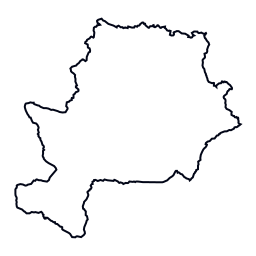 Kengtung, Shan, Myanmar (orthographic projection)
{"feature_id": "60261553B37663404803056", "entity_name": "Kengtung", "entity_type": "district", "adm_level": 2, "iso_a3": "MMR", "parent_name": "Myanmar", "parent_adm1": "Shan", "projection": "orthographic", "projection_center": [99.278, 21.371], "detail": "fine", "context": "isolated", "style": "outline", "palette": "ink", "viewbox_px": 256, "rotation_deg": 0, "n_neighbors": 0, "source": "geoboundaries", "source_scale": "gbopen_adm2", "svg_char_len": 5669}
<svg xmlns="http://www.w3.org/2000/svg" viewBox="0 0 256 256"><path d="M17.4,207.6L22.1,209.5L24.1,211.4L24.7,211.6L26.5,213.3L29.6,213.3L31.7,212.0L34.0,212.4L35.4,212.1L38.5,212.9L41.2,211.8L42.3,212.8L43.0,214.7L43.5,214.8L43.3,216.3L44.3,217.8L44.3,218.3L44.8,218.7L45.7,218.6L45.8,217.7L47.5,217.8L50.9,220.7L52.1,221.1L53.5,222.2L54.9,222.1L55.2,223.4L56.2,223.9L57.3,224.0L60.3,226.7L61.6,226.8L62.2,227.2L62.2,229.1L62.8,229.8L68.8,232.9L70.1,233.9L72.1,237.1L75.3,237.3L76.4,236.4L77.4,236.3L81.1,237.1L83.8,235.0L84.9,233.5L84.8,232.0L83.9,229.6L84.3,227.1L86.1,222.8L86.7,220.6L87.7,219.5L87.0,216.2L85.7,215.1L85.8,211.4L84.5,209.9L84.2,209.2L83.1,208.7L82.8,206.2L83.9,203.2L84.1,201.9L86.5,199.3L88.2,195.7L88.3,194.6L87.4,192.1L88.7,190.7L89.5,190.4L89.8,189.4L90.6,189.2L91.4,187.9L91.5,187.3L90.7,185.6L91.5,184.4L91.9,184.0L92.6,184.0L92.5,181.7L94.0,181.0L94.1,180.0L95.5,179.9L97.8,181.0L100.4,180.0L103.1,180.8L104.5,179.5L107.6,180.3L113.5,180.9L114.2,180.4L114.3,179.9L114.7,179.9L117.9,181.5L118.9,182.7L119.6,182.9L120.3,182.4L121.8,182.8L122.7,183.2L123.3,184.0L125.7,182.9L127.2,183.1L128.3,182.9L129.4,181.5L133.0,181.9L134.0,181.5L135.2,182.1L136.1,181.5L137.6,181.5L142.7,182.1L162.1,182.3L163.4,182.0L167.3,180.3L169.6,178.0L172.4,176.2L173.5,175.1L175.4,171.4L175.9,170.9L177.0,170.9L177.6,172.7L178.5,172.3L179.3,172.7L180.5,173.9L182.2,174.4L184.4,177.2L185.5,177.6L186.3,178.4L188.8,179.1L189.4,179.5L189.7,180.4L190.7,179.6L191.4,178.5L192.8,177.4L194.0,173.7L194.7,173.2L195.1,172.0L195.8,171.6L196.2,170.7L196.1,170.2L198.0,169.2L198.0,165.5L198.5,164.5L198.2,161.6L200.5,159.9L200.3,158.0L200.8,154.9L202.0,152.1L203.3,149.5L204.6,148.0L205.5,147.4L206.7,145.5L206.9,144.7L205.6,144.2L205.9,143.0L207.6,141.6L209.7,141.1L211.9,138.7L214.6,138.5L216.8,135.6L218.4,135.3L219.1,134.0L220.0,133.8L220.2,133.2L220.9,132.8L224.5,131.4L226.9,131.3L229.3,130.0L231.0,130.2L234.0,128.6L234.4,127.5L235.4,127.1L236.5,127.2L237.6,126.7L238.3,125.8L239.2,125.5L240.6,124.3L239.5,123.9L238.6,123.1L238.4,122.2L238.6,121.3L238.2,119.4L237.5,118.4L238.2,118.1L238.1,117.7L237.3,117.6L236.5,117.0L235.9,117.4L234.8,117.2L234.1,116.0L233.5,116.0L231.5,114.9L231.4,113.8L231.7,111.9L229.4,110.1L226.6,108.9L225.5,107.1L225.8,104.7L225.2,102.9L225.5,102.0L225.5,100.1L225.2,99.3L224.0,98.3L223.6,97.0L224.1,95.9L226.7,93.9L227.3,91.8L227.8,91.0L228.5,90.7L229.5,89.1L231.8,89.2L232.0,88.8L231.9,87.7L230.1,85.1L228.4,83.9L226.6,82.0L225.5,82.1L224.8,81.5L224.1,81.7L223.7,82.3L223.0,82.3L222.5,81.5L222.0,81.4L221.0,83.2L219.0,83.4L216.6,85.3L216.2,86.0L216.3,86.9L215.1,85.8L213.9,85.7L214.0,83.1L213.3,82.9L212.1,83.2L208.7,81.9L207.6,80.0L207.4,78.6L206.6,76.7L206.4,75.5L205.9,74.9L205.9,74.0L204.9,72.1L204.3,69.0L203.1,67.5L202.5,65.5L202.9,62.5L202.6,60.2L202.8,59.6L204.9,57.6L205.0,56.7L204.5,53.7L206.5,52.9L206.9,52.4L207.3,51.1L207.1,49.6L208.2,46.3L209.2,44.6L208.5,42.5L206.8,40.7L205.6,38.5L205.1,38.3L204.7,37.4L204.2,35.5L204.6,34.9L205.3,34.7L206.1,33.3L205.9,33.0L204.7,33.8L204.0,33.8L202.3,33.2L201.5,32.6L198.9,33.1L197.7,32.4L197.4,31.6L194.1,31.5L191.9,32.9L192.8,34.6L194.1,35.5L192.9,35.9L192.1,37.3L190.9,37.7L190.3,37.3L188.2,37.0L188.6,35.7L185.2,33.7L181.7,33.4L178.7,31.2L177.8,31.1L176.7,31.1L175.6,31.7L174.1,32.1L173.6,32.7L174.0,33.8L173.9,34.7L173.2,35.4L171.4,35.5L169.9,34.8L170.6,31.0L169.4,30.6L168.7,30.9L167.1,30.4L166.0,28.8L164.8,27.9L165.0,26.6L161.7,27.2L161.0,27.9L160.4,27.9L158.2,25.4L157.4,25.3L156.9,26.1L155.0,27.2L154.2,27.0L153.6,25.1L153.0,25.3L152.7,26.2L150.2,26.2L148.9,27.8L148.4,27.7L145.4,25.2L145.1,23.8L143.8,23.8L143.5,22.7L143.0,22.5L142.3,22.5L140.1,24.2L139.7,25.1L139.0,25.6L137.8,25.7L137.1,26.7L135.8,26.2L134.7,26.3L134.2,27.5L132.0,27.6L128.2,26.5L127.7,28.1L125.4,27.5L124.9,27.9L124.1,27.6L123.3,28.1L122.1,27.1L120.8,27.3L118.6,25.7L117.0,26.4L116.7,27.4L113.5,25.6L108.4,23.9L104.7,21.0L103.2,20.6L101.6,18.7L98.2,19.8L97.1,20.7L97.1,21.8L97.6,22.3L97.7,23.2L99.3,23.9L100.1,24.8L97.0,25.4L96.6,26.4L96.1,26.8L95.2,26.7L93.9,27.7L93.6,30.7L94.3,32.2L94.3,33.1L93.8,37.2L93.4,37.6L91.4,36.6L90.8,36.8L89.6,38.4L87.1,39.8L86.7,41.0L85.4,41.9L85.1,43.2L87.7,44.5L87.9,47.5L89.6,48.4L90.1,50.3L90.0,51.8L88.7,52.4L86.8,56.8L86.6,60.2L85.4,61.1L83.3,59.5L82.4,59.4L82.0,60.0L80.4,60.9L78.9,63.0L77.0,64.4L76.3,65.5L72.1,66.7L70.4,68.5L70.9,70.0L71.0,71.2L71.7,72.1L73.6,73.4L75.1,75.0L74.9,76.7L75.5,78.9L75.4,81.6L77.0,85.5L75.9,86.2L75.9,87.3L78.4,89.4L78.5,90.8L77.8,91.5L75.8,92.2L74.8,93.8L73.5,94.7L73.5,97.8L73.0,98.1L71.8,98.0L71.6,98.5L71.8,100.0L69.7,100.8L69.2,101.6L66.8,102.3L66.2,106.2L67.4,107.6L67.6,108.8L65.5,112.2L62.6,112.5L59.6,112.0L57.7,111.1L53.0,109.7L51.2,109.9L48.5,108.6L46.1,108.1L43.6,108.1L40.5,106.8L39.0,105.6L37.7,105.4L34.5,104.2L33.8,103.7L33.7,102.7L32.4,102.8L30.3,102.4L28.6,103.1L26.0,103.5L25.3,104.3L24.8,106.4L24.9,107.6L25.8,110.6L27.7,114.5L28.3,115.1L29.5,117.4L30.7,117.6L31.8,120.6L33.0,122.7L36.2,123.5L37.5,125.0L38.6,127.3L38.4,128.7L37.9,129.7L38.8,132.6L37.8,134.0L38.6,135.0L38.4,136.1L39.5,137.7L40.3,138.1L40.4,139.8L41.5,141.6L42.5,144.9L43.4,145.6L43.8,146.4L43.9,147.3L43.2,148.3L43.3,149.1L44.1,149.9L43.0,150.9L43.1,153.6L42.7,155.7L42.9,156.8L43.6,157.5L43.8,158.8L46.0,161.3L48.6,163.1L54.2,166.1L55.8,168.1L56.4,169.7L49.8,177.5L48.9,180.1L47.0,181.6L42.6,180.9L41.2,180.3L38.7,180.2L36.8,179.4L36.2,179.6L35.2,180.8L33.7,180.5L31.2,183.9L27.7,184.7L26.7,185.4L25.3,185.6L22.9,184.5L20.4,184.1L17.3,185.0L16.7,185.8L16.9,186.7L16.5,188.0L16.0,188.3L15.4,189.4L15.4,193.9L15.6,195.6L16.6,197.5L16.7,199.0L16.2,200.2L16.7,202.1L16.4,203.8L16.8,206.6L17.4,207.6Z" fill="none" stroke="#020617" stroke-width="2"/></svg>